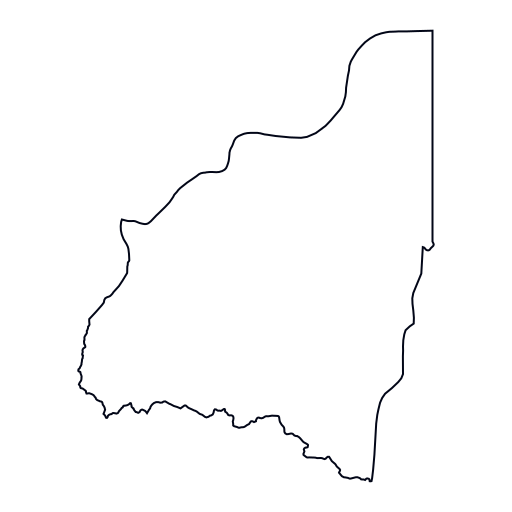 outline of Indragiri Hulu, Riau, Indonesia
{"feature_id": "22746128B72920479258091", "entity_name": "Indragiri Hulu", "entity_type": "district", "adm_level": 2, "iso_a3": "IDN", "parent_name": "Indonesia", "parent_adm1": "Riau", "projection": "mercator", "projection_center": [102.04, -0.493], "detail": "fine", "context": "isolated", "style": "outline", "palette": "ink", "viewbox_px": 512, "rotation_deg": 0, "n_neighbors": 0, "source": "geoboundaries", "source_scale": "gbopen_adm2", "svg_char_len": 6018}
<svg xmlns="http://www.w3.org/2000/svg" viewBox="0 0 512 512"><path d="M432.5,30.7L416.4,31.1L406.7,31.4L398.5,31.4L395.2,31.6L389.3,31.8L386.0,32.3L381.2,33.4L375.5,35.3L370.0,38.5L365.1,42.2L361.9,45.5L358.3,49.5L356.5,51.9L352.1,59.2L350.8,61.6L349.4,65.8L349.0,70.5L347.9,75.7L346.1,87.7L345.9,92.2L345.3,96.5L343.1,103.9L341.5,107.3L339.6,110.0L335.0,115.4L330.6,120.6L325.5,125.9L315.8,133.1L307.0,136.9L301.1,137.8L290.1,137.4L275.6,136.0L267.7,134.8L264.5,134.4L260.3,133.3L257.6,132.9L250.2,132.9L247.2,133.1L244.3,133.7L242.9,134.2L240.5,135.2L238.1,136.3L235.8,138.1L234.2,140.6L232.7,144.7L231.9,146.5L230.8,148.4L230.0,150.4L229.8,151.4L229.5,152.5L229.4,154.5L229.0,158.7L228.7,160.9L228.0,163.4L227.1,166.0L226.1,168.1L224.6,169.7L222.1,171.1L219.0,172.0L216.3,172.2L212.4,172.0L209.8,172.0L206.6,172.3L204.8,172.7L203.8,172.7L202.5,172.9L200.8,173.3L199.0,174.2L196.6,176.1L187.0,182.7L180.3,188.0L178.3,190.0L176.8,192.0L174.3,194.7L173.2,196.9L171.8,199.0L169.5,202.3L165.3,206.8L157.6,214.3L156.4,215.4L150.9,221.2L148.8,222.9L147.6,223.6L146.2,224.0L144.9,224.1L144.0,224.0L142.3,223.7L139.5,223.0L135.9,221.5L135.0,221.2L133.7,221.0L129.2,221.1L127.3,220.9L121.9,219.5L121.1,222.1L120.7,226.2L120.9,230.5L121.8,234.6L123.6,239.2L126.6,244.2L127.8,246.7L128.4,248.9L129.0,253.9L129.3,260.3L129.0,261.1L128.0,262.3L127.8,262.9L127.7,265.1L127.3,266.5L127.2,271.8L127.1,273.1L122.5,280.7L118.9,286.1L113.4,292.2L112.4,293.7L111.1,295.1L110.1,296.0L108.7,296.7L107.3,297.1L105.3,298.2L104.3,300.0L103.8,302.6L102.0,305.0L96.2,311.6L89.2,319.1L89.2,321.2L89.5,324.6L88.9,325.8L88.1,326.6L88.0,328.2L87.6,329.2L87.4,329.9L86.8,330.9L86.9,333.0L85.9,334.7L85.6,334.9L85.6,335.1L84.7,336.5L84.4,337.4L84.5,340.0L84.2,340.3L84.0,341.5L84.1,342.7L84.2,343.9L84.9,344.9L85.3,346.1L85.3,347.0L85.2,347.2L84.1,347.9L83.4,348.4L82.7,349.4L82.5,350.7L82.7,351.4L82.7,352.4L82.3,353.4L82.2,354.5L82.2,354.8L83.0,355.4L82.7,357.3L82.7,358.1L82.1,359.2L81.8,362.0L81.5,363.2L81.5,364.3L81.2,365.0L81.1,365.5L80.2,366.9L79.8,368.0L79.3,368.6L78.5,369.3L78.3,370.3L78.3,370.9L78.7,371.4L80.0,371.8L80.3,372.0L80.5,372.7L80.5,373.3L81.4,375.6L81.6,376.6L81.6,377.2L81.4,377.8L81.5,378.8L81.1,380.6L79.7,382.6L79.1,383.9L78.9,384.5L80.1,386.0L80.3,386.5L80.2,386.9L80.5,387.8L80.8,388.1L82.6,388.5L85.6,390.7L85.9,391.1L86.0,391.5L85.9,391.9L86.5,393.5L87.4,393.5L89.1,393.2L91.7,394.1L93.5,395.1L94.4,396.2L94.7,396.8L95.6,397.6L95.9,398.8L97.1,400.0L98.4,400.6L99.2,400.9L99.9,401.3L101.1,401.5L102.0,402.0L102.4,402.8L102.8,404.7L103.8,406.0L104.5,407.4L104.8,408.4L104.9,409.1L105.1,409.5L105.0,410.1L104.6,411.0L104.0,412.8L103.6,413.5L103.5,413.9L104.8,415.2L105.3,416.0L106.0,417.7L106.3,417.9L107.0,417.9L107.6,417.1L107.9,415.9L108.8,415.0L109.5,414.6L110.8,414.1L111.5,414.1L112.0,413.7L112.7,413.1L113.5,413.0L115.3,413.3L116.4,413.6L117.8,413.1L118.2,412.6L119.1,411.0L121.0,409.0L121.7,407.9L122.5,407.6L122.8,407.3L122.9,406.6L123.2,406.2L123.6,406.1L123.9,405.7L125.5,405.6L126.8,405.3L127.7,405.0L129.2,404.1L130.2,403.1L130.9,403.3L131.0,403.7L131.2,404.6L131.5,405.4L131.5,406.2L131.7,407.0L132.4,407.6L133.1,408.1L133.1,408.3L133.5,408.5L133.6,409.0L133.8,409.1L133.9,409.6L134.4,410.4L135.7,412.0L136.7,412.1L137.5,412.6L138.3,412.8L139.5,412.1L140.5,410.4L141.5,409.7L142.4,409.6L143.7,410.2L145.1,410.9L145.8,411.6L147.0,413.2L149.0,409.8L150.1,408.4L150.5,406.9L151.3,405.6L152.4,404.3L154.0,403.0L156.2,402.1L157.6,402.1L158.7,402.2L160.2,402.7L162.3,402.5L163.0,401.9L163.9,401.5L165.3,401.4L169.5,403.9L170.3,404.1L173.9,406.0L177.2,407.0L180.5,408.4L184.2,405.7L185.0,405.4L185.9,405.6L188.0,407.5L189.0,408.1L191.5,409.2L194.0,410.4L195.5,410.9L196.8,411.6L198.8,413.2L199.7,413.9L202.3,414.8L205.0,416.9L206.5,417.4L207.3,417.1L208.5,416.8L209.9,415.7L211.0,415.5L212.7,414.5L213.1,413.7L213.6,412.5L214.0,410.4L214.9,409.3L216.1,409.5L217.3,410.4L218.1,410.7L219.3,410.6L220.9,410.9L222.1,410.3L223.7,409.1L224.6,409.0L225.1,410.0L225.0,410.9L225.2,411.7L226.6,412.6L227.6,413.8L227.9,414.7L229.2,415.4L231.0,415.3L231.8,415.4L233.1,416.3L233.4,417.3L233.5,418.3L233.2,420.2L232.8,421.4L233.2,424.0L233.2,425.5L234.1,426.2L237.0,427.0L238.3,427.6L239.1,427.8L241.3,427.3L243.1,427.2L244.0,427.0L245.0,426.5L247.1,425.0L249.0,424.1L250.5,421.9L251.2,421.2L252.6,421.3L254.0,422.1L255.9,421.3L255.8,420.8L256.5,419.1L257.4,417.9L258.2,417.6L259.0,417.6L259.8,418.0L261.5,418.3L263.0,417.9L265.0,416.6L266.1,416.2L268.2,416.3L271.7,415.7L273.0,415.7L277.0,415.9L278.0,416.0L278.7,416.4L279.1,417.2L279.6,420.6L280.0,422.0L281.6,424.7L283.2,426.4L284.0,427.5L284.3,429.0L284.4,431.5L284.6,432.4L285.3,433.4L286.7,434.2L288.2,434.1L291.0,433.5L292.0,433.6L292.8,433.9L294.4,435.5L296.2,436.1L297.1,436.0L298.9,437.1L300.2,438.3L303.0,441.6L304.0,442.4L306.6,443.8L307.9,444.7L308.0,445.6L307.6,447.2L306.7,447.5L305.9,447.5L305.1,447.8L304.2,448.5L303.8,449.4L304.4,451.4L303.4,454.0L303.6,455.0L306.5,457.2L307.3,457.5L309.4,457.4L315.1,457.6L317.2,458.1L320.6,458.0L321.9,458.1L323.9,458.9L324.7,459.1L325.9,458.5L326.4,457.8L327.7,456.8L329.1,456.8L331.9,461.2L335.2,464.0L335.8,464.8L336.5,466.1L337.3,467.0L339.5,468.9L340.1,469.9L340.0,470.7L339.4,471.7L339.0,472.7L341.9,476.2L344.0,477.3L344.7,477.3L348.0,477.9L349.6,478.6L350.6,478.6L355.6,477.3L357.2,477.2L358.8,477.7L360.1,478.3L361.2,479.4L363.8,479.5L365.1,480.0L366.2,478.8L367.1,478.4L368.8,478.8L369.4,479.4L369.7,481.2L370.5,481.3L371.5,481.1L372.1,478.3L373.1,469.9L374.4,454.9L376.2,423.5L377.3,414.8L378.4,409.5L379.4,405.4L380.1,402.6L382.2,397.9L385.1,393.7L391.9,388.1L398.2,382.1L401.3,378.3L403.0,374.1L402.9,356.1L403.1,350.7L403.0,346.4L403.3,340.2L404.3,334.3L405.6,330.2L409.8,326.3L413.7,323.6L413.9,317.8L413.3,310.5L412.5,303.9L412.3,298.3L413.3,293.0L421.3,273.6L422.8,247.1L424.0,247.5L424.6,248.0L425.2,248.8L425.9,249.6L426.9,250.2L428.1,250.4L428.9,250.2L429.6,249.8L430.9,248.1L432.8,246.3L433.4,245.6L433.7,244.5L433.5,243.6L432.5,241.6L432.5,30.7Z" fill="none" stroke="#020617" stroke-width="2"/></svg>